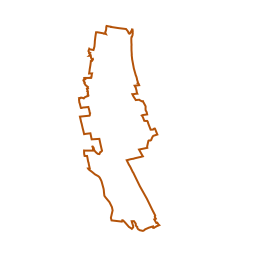 Unteni, Botosani, Romania, rotated 207°
{"feature_id": "2599482B71401887627559", "entity_name": "Unteni", "entity_type": "district", "adm_level": 2, "iso_a3": "ROU", "parent_name": "Romania", "parent_adm1": "Botosani", "projection": "equal_earth", "projection_center": [26.797, 47.801], "detail": "fine", "context": "isolated", "style": "outline", "palette": "amber", "viewbox_px": 256, "rotation_deg": 207, "n_neighbors": 0, "source": "geoboundaries", "source_scale": "gbopen_adm2", "svg_char_len": 5632}
<svg xmlns="http://www.w3.org/2000/svg" viewBox="0 0 256 256"><g transform="rotate(207 128 128)"><path d="M181.8,212.7L188.2,210.6L188.9,210.3L189.0,210.5L189.8,210.3L190.3,210.1L191.6,209.7L192.4,209.5L193.4,209.2L193.2,208.1L192.5,206.6L192.1,205.5L191.8,204.0L191.9,203.7L191.8,203.2L191.4,202.5L191.1,202.3L190.8,202.0L190.4,201.7L191.3,201.6L191.7,201.4L192.0,201.2L192.1,201.3L192.4,201.3L196.2,200.2L198.7,199.4L199.5,199.0L199.9,198.8L198.6,194.8L197.0,190.4L196.4,189.1L196.1,188.4L194.8,185.1L194.7,184.2L194.3,182.8L194.4,182.5L194.4,182.0L194.3,181.8L197.3,180.9L197.8,180.8L198.5,181.0L198.4,180.3L198.3,179.4L198.1,178.5L197.2,177.9L196.9,177.8L196.4,177.8L196.6,177.5L196.7,177.1L196.6,176.9L195.9,176.8L195.7,176.5L195.1,176.5L195.2,176.1L195.0,175.6L195.3,174.8L194.8,175.1L193.9,175.4L192.8,173.8L192.5,173.6L192.4,173.6L192.2,173.4L192.0,173.2L191.6,172.9L190.9,173.4L190.7,173.6L190.4,173.2L190.6,172.9L190.4,172.6L190.5,171.9L190.5,171.5L190.6,171.3L190.9,171.0L191.4,170.9L191.5,170.8L191.2,170.2L190.0,166.8L188.7,162.7L188.3,161.7L187.4,158.9L184.8,160.3L184.7,159.8L184.7,159.5L184.5,159.1L184.3,158.6L184.2,158.2L183.8,157.2L183.7,156.7L183.6,156.3L184.1,156.1L183.9,155.7L188.9,153.2L189.7,152.7L189.2,151.9L188.4,151.8L188.5,151.6L189.4,150.9L189.4,150.6L189.3,150.1L188.3,149.5L187.3,149.0L187.4,148.7L187.4,148.3L187.2,148.2L186.9,147.9L186.5,147.8L185.8,147.2L184.7,146.8L183.1,146.5L182.6,146.4L181.5,146.2L182.0,146.1L182.3,145.7L181.6,145.1L182.4,144.3L181.9,143.8L181.5,143.3L180.7,142.8L180.6,142.6L180.7,142.3L180.3,142.3L179.9,141.8L179.9,141.7L179.8,141.3L179.6,141.0L179.7,140.8L179.2,140.4L179.0,140.0L179.1,139.8L178.8,139.6L178.7,139.5L178.2,139.3L178.1,139.2L178.1,138.8L178.0,138.6L178.4,138.0L178.9,137.9L179.5,136.9L179.8,136.6L180.2,136.2L180.3,135.8L180.7,135.1L180.8,134.3L181.0,134.2L181.7,134.3L182.3,134.1L182.6,134.1L182.9,134.0L183.2,133.9L183.7,133.8L183.8,133.7L183.9,133.4L183.9,133.0L184.0,132.9L184.4,132.9L185.0,132.6L185.2,132.4L184.8,132.0L184.7,131.7L184.5,131.0L183.4,129.4L183.0,128.7L182.1,127.9L179.1,124.5L178.5,124.7L178.3,124.8L177.9,125.4L177.1,126.0L175.6,126.9L172.9,128.7L172.7,128.4L171.9,127.7L170.3,125.9L169.7,125.1L169.5,124.8L168.8,124.1L168.5,124.0L168.5,123.5L168.1,122.8L167.8,121.8L167.9,121.5L176.0,116.3L174.3,114.3L172.6,112.2L171.1,110.6L170.2,109.5L168.1,107.0L167.0,105.8L164.3,102.6L163.0,103.6L159.1,106.2L155.2,101.4L148.6,105.3L145.7,101.7L141.7,96.9L141.0,96.2L140.8,95.9L140.8,95.7L141.0,95.4L141.2,94.5L141.4,94.3L141.7,94.0L141.8,93.9L141.8,93.7L141.7,93.2L141.7,92.8L141.7,92.4L141.6,91.9L141.7,91.7L142.3,91.6L142.6,91.5L142.8,91.3L143.5,91.3L143.8,91.4L144.6,91.5L145.3,91.8L145.7,91.8L146.3,92.1L147.5,92.6L148.3,93.2L149.6,94.7L150.3,95.1L151.1,95.4L151.8,95.9L151.6,95.6L151.1,95.2L150.9,94.9L150.3,94.5L150.1,94.2L149.6,93.4L149.4,92.8L149.1,92.4L148.9,92.0L155.1,88.8L156.9,88.0L155.7,85.7L155.0,84.6L154.0,83.4L153.4,83.8L153.0,83.8L151.8,84.5L150.7,83.2L149.3,81.3L148.1,79.8L147.4,79.2L146.6,78.1L145.8,77.1L143.8,74.7L145.2,73.8L144.7,73.5L143.4,73.1L140.3,72.6L136.3,71.7L132.9,71.6L131.8,71.4L130.6,70.9L128.4,69.3L127.3,68.4L122.2,62.8L121.4,61.7L120.1,59.6L118.7,57.5L118.3,56.9L116.6,56.0L110.8,53.5L106.4,50.2L104.3,47.6L102.6,40.7L102.4,40.1L100.7,38.2L91.0,41.8L91.2,43.2L90.4,43.4L87.5,42.4L82.3,40.3L79.9,40.1L78.8,39.9L78.3,41.8L78.9,43.0L81.5,45.6L82.4,46.6L80.4,47.7L77.7,46.3L77.2,45.5L76.8,44.7L76.0,44.3L74.9,44.1L74.6,43.5L73.9,42.9L72.9,42.4L70.8,42.3L70.0,42.6L68.5,42.9L67.6,43.5L67.0,44.6L66.8,45.4L64.2,48.6L62.9,49.9L61.1,51.6L60.8,51.0L60.4,50.5L59.9,50.6L59.5,50.8L58.9,52.0L58.7,52.3L58.5,52.5L57.6,53.9L57.4,54.0L56.9,54.6L56.1,55.6L56.9,55.8L58.9,56.9L59.6,56.2L63.1,58.5L62.2,59.5L62.0,59.8L63.5,60.7L63.7,61.0L63.8,61.1L64.0,61.5L63.9,62.2L64.2,62.5L69.2,66.1L79.0,73.5L91.0,81.5L98.3,87.0L103.2,90.7L103.9,91.0L105.4,92.2L106.4,92.9L107.1,93.5L109.1,94.9L110.5,95.7L114.5,98.7L113.8,99.3L111.5,101.4L109.9,102.6L109.4,102.9L108.1,104.2L105.6,106.3L104.7,107.1L104.2,107.4L101.9,109.5L103.5,110.5L108.4,113.8L101.8,119.1L102.2,119.6L102.6,120.4L103.4,123.5L103.8,125.0L103.9,125.5L104.0,125.8L103.8,126.3L103.6,126.5L103.4,126.6L102.8,126.8L102.4,127.0L102.2,127.2L102.0,127.6L101.9,128.0L102.1,129.3L102.1,130.4L102.1,131.8L102.0,132.2L101.7,132.7L98.9,135.5L103.5,139.5L103.9,139.7L104.1,139.6L104.4,139.3L104.6,139.0L105.0,137.9L107.1,136.8L112.1,141.3L113.3,142.6L114.1,143.0L115.7,142.2L116.8,141.8L119.3,144.1L120.5,145.0L121.4,145.4L121.1,145.8L120.5,146.4L117.1,148.8L118.0,149.9L118.2,150.2L118.8,150.8L119.9,151.5L120.3,151.8L120.9,152.7L121.6,154.1L121.9,154.9L122.4,155.5L125.0,157.3L125.4,157.6L126.0,157.9L126.9,158.7L127.7,158.1L127.9,158.1L129.9,158.1L130.8,158.3L133.8,156.4L134.8,157.1L136.3,157.9L137.8,158.8L139.5,160.1L138.7,160.6L138.0,160.9L137.6,161.3L137.0,161.8L136.3,162.2L135.3,162.8L135.7,163.1L137.0,164.6L137.6,165.5L138.8,166.7L139.4,167.5L139.6,167.5L141.3,168.7L137.5,171.2L138.6,172.2L139.2,172.4L139.8,172.4L139.7,172.9L139.8,173.1L142.0,175.3L142.3,175.8L143.7,177.4L145.1,178.6L149.9,183.8L154.8,190.2L155.3,190.8L157.7,194.5L157.9,194.8L157.9,195.0L158.0,195.2L160.2,198.9L161.5,201.4L161.6,201.6L161.8,201.9L162.6,203.7L163.8,205.7L165.2,208.3L165.7,209.3L166.2,210.7L165.9,211.1L166.0,211.6L166.1,212.1L166.1,212.7L166.8,214.6L167.3,215.3L167.5,216.0L168.3,217.3L168.7,217.8L169.2,217.6L168.9,216.9L169.1,216.4L169.1,216.0L168.8,215.1L169.1,214.8L169.0,213.9L169.1,213.5L169.3,212.9L169.7,212.6L170.4,212.8L170.8,213.3L171.1,213.3L171.3,213.6L171.6,213.8L172.0,214.1L174.7,215.3L181.8,212.7Z" fill="none" stroke="#b45309" stroke-width="2"/></g></svg>